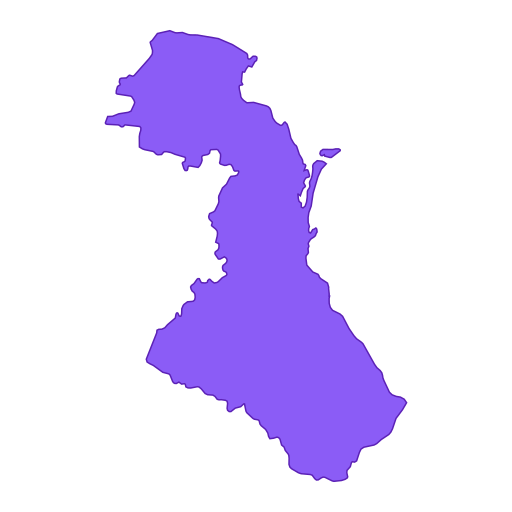 an SVG outline of Dagestan
{"feature_id": "RUS-2417", "entity_name": "Dagestan", "entity_type": "Republic", "adm_level": 1, "iso_a3": "RUS", "parent_name": "Russia", "parent_adm1": "", "projection": "orthographic", "projection_center": [46.661, 43.097], "detail": "fine", "context": "isolated", "style": "filled", "palette": "violet", "viewbox_px": 512, "rotation_deg": 0, "n_neighbors": 0, "source": "natural_earth", "source_scale": "10m", "svg_char_len": 6067}
<svg xmlns="http://www.w3.org/2000/svg" viewBox="0 0 512 512"><path d="M176.3,383.5L174.7,383.4L173.5,382.7L172.6,381.4L170.1,375.1L168.9,373.9L162.8,372.3L153.3,365.4L149.8,363.7L147.1,362.0L146.3,359.2L156.7,332.9L157.0,330.2L158.8,329.3L161.8,329.2L164.8,327.8L167.6,324.6L175.3,318.0L176.0,314.2L176.5,313.2L177.1,312.8L177.9,313.2L179.1,315.9L180.5,316.3L181.0,316.0L181.6,313.9L181.8,308.7L183.1,305.6L184.0,304.4L187.5,301.8L192.2,301.4L193.4,301.1L194.7,299.8L195.2,297.3L194.9,294.1L194.0,292.5L192.2,291.1L191.1,289.1L190.6,287.0L191.4,285.5L194.0,283.6L197.1,279.2L198.0,278.6L199.3,278.7L200.8,281.8L201.6,282.7L205.1,283.0L207.1,282.4L207.5,281.9L207.7,280.6L209.2,279.2L210.2,279.5L211.6,281.1L214.2,283.0L216.9,282.5L218.1,281.8L222.3,277.7L226.1,275.6L226.7,274.9L226.9,274.3L226.4,272.5L225.5,271.8L223.8,271.1L223.0,270.1L222.6,268.5L222.5,267.0L223.0,265.5L225.7,263.3L226.7,261.9L227.1,260.2L226.5,258.4L224.4,256.8L220.0,259.1L218.4,259.0L215.2,254.4L214.9,253.1L215.3,251.9L218.0,249.8L218.8,248.1L219.0,246.4L218.9,244.2L218.6,243.6L215.7,242.2L217.2,236.2L217.5,233.5L217.3,231.6L216.9,230.6L215.5,228.9L211.6,225.7L211.5,225.1L212.2,223.2L212.3,222.2L209.5,219.3L208.9,218.0L208.7,216.4L209.6,213.6L213.5,211.9L214.9,210.8L218.3,203.8L218.9,201.6L218.6,197.8L218.8,196.0L222.5,187.9L226.5,184.2L229.6,178.1L230.9,176.4L235.1,175.9L237.3,175.0L238.6,172.7L238.7,171.3L238.2,170.9L234.9,171.1L233.9,170.4L232.5,166.7L231.0,164.6L229.1,164.3L226.2,165.3L224.5,165.4L220.6,164.1L219.9,163.5L219.6,162.8L220.1,160.8L220.6,156.1L220.5,154.0L218.1,150.1L216.8,149.4L210.9,149.7L210.1,150.5L209.5,153.2L207.8,154.5L203.0,155.5L202.1,156.2L201.7,156.9L202.1,160.2L201.3,162.8L199.8,165.6L198.1,167.4L190.3,166.0L188.6,166.1L187.9,167.2L187.8,168.7L187.3,170.2L186.5,170.6L185.1,170.5L183.9,168.6L182.3,163.4L182.6,162.5L184.7,161.5L185.2,160.6L185.5,158.1L184.9,157.2L175.0,154.3L171.0,152.6L166.8,151.7L164.3,151.7L163.4,152.4L161.6,154.5L157.9,154.8L156.4,154.3L153.8,151.8L153.0,151.4L144.8,149.7L142.5,148.9L139.4,147.0L139.3,136.6L139.8,133.4L140.7,130.6L140.9,128.9L140.8,127.7L139.8,126.5L125.4,124.9L124.8,125.0L123.2,126.6L121.9,126.9L120.5,126.4L119.8,125.6L118.4,124.9L107.0,124.3L105.9,123.9L105.5,123.4L105.4,122.7L107.7,116.5L112.5,116.3L118.8,113.8L128.3,112.3L131.0,111.1L134.2,104.2L134.7,102.3L133.9,100.1L131.7,96.7L130.7,96.1L117.1,94.0L116.2,93.3L116.3,90.8L117.4,86.8L118.0,86.1L120.2,84.7L120.2,83.8L119.5,82.8L119.3,81.9L119.8,79.2L120.2,78.6L121.3,78.2L126.4,77.9L128.9,75.5L129.7,75.2L132.6,76.2L134.1,75.6L149.4,58.3L152.2,54.3L152.5,52.2L152.5,50.3L150.2,42.5L150.3,42.0L152.3,40.3L157.4,33.5L169.8,30.7L175.1,32.7L176.9,32.9L182.4,32.5L188.0,34.5L190.2,34.9L197.1,35.0L218.4,38.6L232.6,44.7L246.8,53.5L247.6,55.1L247.7,57.5L248.0,58.5L248.5,58.9L249.2,59.1L250.3,58.8L252.8,56.4L253.4,56.2L255.5,56.3L256.7,57.0L257.0,58.2L256.5,60.5L254.8,61.8L251.8,67.0L248.4,65.9L246.3,68.8L244.6,72.1L242.6,71.9L242.1,73.9L241.4,82.0L242.7,84.4L242.3,84.9L240.3,85.2L239.4,85.8L239.1,86.9L239.4,89.5L240.5,94.3L240.8,96.7L241.7,98.4L243.6,100.4L246.9,102.8L253.6,102.4L266.4,105.9L268.3,106.8L269.9,108.4L270.9,110.6L272.8,118.1L275.1,121.5L276.6,123.0L280.4,125.3L281.5,125.3L282.4,124.7L284.1,122.5L285.0,122.0L287.1,124.2L288.8,129.3L290.9,138.3L293.2,142.4L294.7,144.6L296.0,145.5L296.8,146.8L299.3,154.4L301.5,158.0L302.5,160.1L302.9,162.9L303.3,163.9L305.2,164.5L305.8,165.7L304.1,170.6L306.4,169.8L307.6,169.9L308.2,171.0L309.4,175.1L309.5,176.3L308.8,177.0L306.6,177.6L305.7,178.2L304.5,180.1L303.6,182.8L305.4,186.0L305.1,186.8L303.1,188.5L301.5,192.2L300.3,195.8L298.5,194.2L297.9,194.2L298.4,199.0L299.1,201.4L301.3,203.2L301.3,207.1L303.0,207.9L305.1,206.2L306.5,202.2L307.2,197.3L307.4,191.3L307.8,190.2L309.3,188.0L309.9,186.3L309.5,182.9L309.8,181.5L311.1,178.9L312.1,175.6L312.6,172.2L312.9,168.9L312.7,166.3L312.9,165.1L313.7,163.6L317.2,160.7L322.1,161.2L324.2,162.2L326.3,163.8L321.4,169.1L317.9,176.8L313.1,193.2L311.2,206.0L308.8,212.7L308.1,217.6L308.2,222.6L309.4,226.5L308.7,228.5L308.6,230.7L309.2,232.5L310.6,233.0L312.7,229.6L314.4,229.0L315.8,228.0L316.4,228.4L316.8,229.5L317.1,232.0L316.2,233.4L315.4,235.7L314.0,237.0L311.3,238.7L310.3,239.7L308.6,242.4L308.2,243.6L308.9,246.2L308.0,248.6L308.4,252.5L307.9,253.6L306.1,255.8L305.9,258.0L306.8,265.1L312.8,272.0L318.0,274.3L318.8,275.5L319.4,277.2L320.8,278.7L327.5,283.1L328.7,287.2L328.6,288.4L329.2,294.1L329.1,296.1L329.6,296.1L329.1,298.6L329.2,303.3L330.3,307.3L332.5,310.3L340.0,314.0L342.6,316.3L349.0,328.5L353.9,335.7L356.6,338.8L361.5,342.3L363.0,343.8L374.5,364.3L376.9,367.7L380.2,370.6L381.8,372.8L382.5,375.2L382.9,377.8L383.8,380.3L389.4,392.2L392.1,394.8L396.2,396.4L400.4,397.1L404.2,399.2L406.6,402.7L402.5,409.7L396.0,418.4L392.5,428.8L390.8,432.2L388.8,434.5L381.3,439.5L376.7,443.6L374.1,445.0L363.9,447.2L361.0,449.1L359.4,452.4L356.6,460.9L354.6,462.1L352.3,461.7L351.4,462.7L350.3,466.7L347.0,470.4L346.8,472.8L347.7,476.8L347.3,477.9L345.2,479.3L341.5,480.5L333.9,481.3L332.2,480.9L324.9,477.3L323.1,477.1L321.4,477.8L318.2,479.9L316.4,480.0L314.8,478.7L312.2,475.2L310.3,474.5L301.1,473.7L298.3,472.7L291.5,468.7L289.9,467.1L289.0,464.4L289.1,458.2L288.8,455.3L288.1,453.9L285.3,450.5L284.1,447.1L281.6,445.0L280.0,439.2L278.6,437.6L277.0,437.1L273.6,438.2L269.9,438.7L268.6,436.5L267.8,433.0L265.6,429.4L261.2,425.7L260.0,424.1L259.2,421.0L258.8,420.3L257.7,419.8L254.3,419.2L252.8,418.3L247.0,412.9L246.1,411.5L245.7,409.9L244.5,403.9L243.7,403.9L240.7,406.7L235.3,408.1L230.9,411.6L229.2,411.6L227.6,410.3L227.1,408.3L227.6,403.4L227.1,401.2L225.5,400.3L221.4,399.7L219.0,399.8L217.2,399.3L215.0,396.4L212.9,395.1L207.6,394.7L205.1,393.5L201.3,388.9L199.0,387.0L197.4,386.7L190.7,388.0L188.0,387.9L185.9,386.9L185.3,384.3L184.4,383.7L181.6,384.1L178.9,382.1L176.3,383.5ZM338.8,148.9L340.2,149.8L340.2,150.7L331.4,157.4L330.0,157.5L324.7,156.1L324.3,154.7L322.3,155.7L321.2,155.6L320.3,154.6L319.9,153.4L320.6,151.2L323.0,149.4L332.8,149.5L335.6,148.9L338.8,148.9Z" fill="#8b5cf6" stroke="#5b21b6" stroke-width="1.5"/></svg>